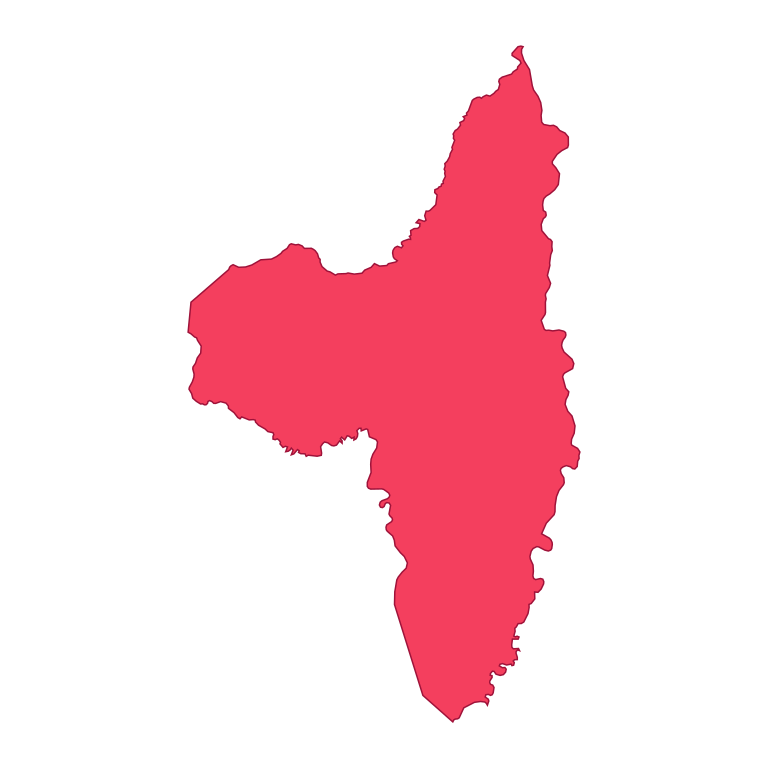 outline of Novo Santo Antônio, Mato Grosso, Brazil
{"feature_id": "56859067B72150679990072", "entity_name": "Novo Santo Antônio", "entity_type": "district", "adm_level": 2, "iso_a3": "BRA", "parent_name": "Brazil", "parent_adm1": "Mato Grosso", "projection": "orthographic", "projection_center": [-50.883, -12.312], "detail": "fine", "context": "isolated", "style": "filled", "palette": "rose", "viewbox_px": 768, "rotation_deg": 0, "n_neighbors": 0, "source": "geoboundaries", "source_scale": "gbopen_adm2", "svg_char_len": 6099}
<svg xmlns="http://www.w3.org/2000/svg" viewBox="0 0 768 768"><path d="M523.1,46.7L520.9,46.1L518.0,46.7L512.1,53.3L512.1,55.5L519.9,60.5L521.0,63.1L517.7,66.9L517.4,69.0L513.3,71.7L511.6,74.1L502.2,77.1L499.4,79.2L498.8,81.5L499.8,84.4L498.3,89.5L495.7,91.3L494.0,93.3L490.0,96.1L486.4,95.1L483.0,96.8L481.4,98.3L479.8,97.2L477.2,97.4L473.8,99.1L472.3,100.4L468.4,111.0L466.5,113.1L466.9,115.1L463.2,116.7L464.6,118.2L463.7,120.6L459.9,122.5L460.5,125.2L457.5,129.1L455.2,130.5L453.1,134.1L453.7,135.7L453.4,138.4L454.7,140.2L451.9,147.4L452.5,149.4L450.3,153.5L449.6,156.8L447.2,161.2L444.8,163.6L445.2,166.1L444.2,169.2L445.1,171.2L444.7,173.3L445.4,176.5L443.0,181.2L443.3,183.4L441.5,184.1L441.1,186.3L438.9,187.0L437.9,188.5L434.9,189.7L434.7,192.6L437.1,195.0L435.8,204.7L430.0,210.4L428.3,211.2L426.1,211.1L424.7,215.7L426.0,220.2L424.3,221.4L418.9,219.5L416.1,222.7L420.0,223.7L419.7,226.6L417.7,228.4L414.1,228.6L410.6,230.6L411.0,235.3L409.4,236.3L410.4,237.7L410.6,239.4L408.6,239.2L403.2,241.1L401.5,242.3L401.6,244.2L403.0,245.8L401.5,247.8L397.4,246.3L395.0,247.5L394.0,248.8L393.0,250.5L392.6,253.0L393.3,256.9L394.4,258.7L397.3,260.7L395.8,262.0L388.4,263.7L386.8,265.5L379.6,266.1L374.4,263.6L371.2,267.3L364.7,270.1L362.0,273.2L354.3,274.1L348.0,273.0L346.1,273.6L337.9,273.9L335.4,275.1L329.9,271.8L327.2,271.1L322.0,266.6L320.1,262.1L320.1,259.3L318.7,257.9L317.5,253.8L315.2,250.7L313.5,249.4L311.4,248.3L304.4,248.4L302.1,245.9L298.4,244.4L295.7,244.9L291.2,243.8L289.5,244.7L287.1,248.4L282.6,251.3L281.0,253.4L276.5,256.6L271.4,259.1L260.8,259.8L251.8,265.0L245.5,267.0L238.7,267.3L233.1,264.7L231.0,265.8L229.7,267.1L228.7,269.6L191.0,302.2L188.1,332.2L191.1,333.9L194.6,337.0L196.6,337.8L197.5,340.3L201.2,346.1L200.7,353.1L197.3,357.9L195.5,363.3L193.0,367.0L192.8,369.0L194.1,374.1L193.9,377.2L192.3,381.9L189.4,387.2L189.0,389.2L191.6,393.6L192.8,398.2L196.3,401.3L200.6,404.0L202.6,403.8L204.4,404.8L206.0,404.8L207.5,403.4L208.0,401.4L209.7,400.6L212.1,401.7L213.7,403.3L215.6,403.4L220.6,401.6L226.0,403.1L228.3,405.8L228.5,408.4L234.0,412.6L237.8,417.5L240.0,418.8L241.7,416.9L249.2,419.9L253.4,419.6L255.3,420.2L255.5,422.0L258.5,425.2L265.0,428.9L267.9,431.6L273.0,432.7L273.8,434.7L273.0,436.3L273.0,439.1L275.2,439.7L277.2,438.8L279.0,440.1L280.5,442.2L280.0,443.9L283.0,447.4L285.3,446.3L287.5,446.9L285.7,451.7L288.3,451.2L290.2,449.9L291.3,448.1L293.1,450.1L291.3,454.8L293.8,453.9L297.5,449.6L299.2,450.7L298.5,452.4L300.8,453.7L305.0,453.8L306.2,456.3L308.2,455.2L317.2,456.2L321.3,455.3L321.6,453.1L320.6,446.7L322.6,443.7L324.5,442.0L327.8,442.8L331.6,445.5L333.9,445.9L336.5,445.1L339.6,440.9L342.1,443.2L342.1,440.8L340.4,438.8L341.6,437.2L344.7,439.9L347.2,435.8L349.0,436.2L351.7,438.4L354.1,437.2L353.9,440.0L356.1,438.8L357.4,436.5L357.8,433.6L356.9,430.6L359.1,428.3L361.0,428.3L361.2,430.9L366.2,428.9L367.7,429.5L369.4,436.8L376.0,439.6L377.5,441.9L376.7,448.0L372.9,454.2L371.1,459.2L370.7,464.3L371.1,472.5L367.3,482.4L367.3,486.4L368.5,488.2L370.6,489.1L381.8,488.9L383.7,489.4L388.7,493.0L389.8,495.2L389.2,497.1L387.5,498.7L382.0,500.7L380.2,502.2L379.4,505.0L380.5,507.2L382.5,507.6L384.1,506.5L385.2,503.8L386.6,502.6L389.1,503.0L390.6,505.3L389.0,514.0L389.8,515.7L392.1,518.1L392.5,519.9L391.6,521.6L386.7,524.9L386.0,527.2L386.3,529.8L387.4,531.4L392.6,535.9L394.3,540.1L395.1,545.9L400.4,552.7L404.3,556.5L407.4,562.9L406.2,568.2L402.1,572.2L398.3,577.0L396.8,579.9L394.8,591.8L394.5,604.5L422.9,695.4L452.8,721.9L453.8,719.9L455.2,719.1L457.7,718.8L459.2,717.8L463.8,707.8L474.5,702.3L480.5,701.5L484.8,702.0L486.4,703.4L487.4,705.2L488.8,701.0L488.3,699.2L485.2,697.0L485.9,694.7L488.4,694.4L490.5,695.4L492.2,694.7L493.2,692.8L494.0,687.5L492.7,685.1L490.5,684.3L489.7,682.7L489.8,681.0L492.1,677.4L492.0,675.6L490.2,675.3L490.4,673.5L492.4,671.2L494.1,671.4L496.0,674.2L500.1,675.4L503.4,674.6L505.6,672.1L506.2,669.2L504.9,667.5L502.4,667.7L499.3,665.9L499.9,664.3L502.5,663.6L506.6,665.0L511.1,664.1L511.9,665.6L513.6,665.2L514.3,662.7L513.2,661.0L514.6,659.7L517.3,659.6L517.3,657.3L516.0,653.1L516.2,651.4L517.6,649.9L519.5,650.6L518.5,648.5L513.3,648.8L511.9,647.3L511.7,644.9L512.4,639.1L518.2,639.1L519.0,637.0L517.1,636.2L515.4,636.8L513.8,636.1L515.1,631.4L514.8,628.3L516.3,626.9L518.1,623.6L521.3,623.5L523.8,622.0L528.0,613.6L529.1,607.6L529.0,604.4L531.2,603.5L534.8,598.9L534.6,592.0L538.0,592.3L541.2,589.0L543.6,583.9L543.8,581.7L542.8,579.2L540.5,578.5L535.6,579.6L533.7,578.5L532.9,576.0L533.4,571.2L533.0,564.9L530.3,559.0L529.9,556.5L531.2,551.2L533.1,548.5L536.8,546.6L538.7,546.9L544.8,550.1L548.3,551.0L550.7,550.1L551.7,548.6L552.3,544.5L552.1,542.4L550.9,539.8L549.3,538.1L541.6,533.8L546.3,523.2L554.1,514.7L555.0,511.7L555.1,505.5L556.5,496.6L559.0,490.4L563.5,484.6L564.2,482.7L563.8,477.8L561.2,473.6L560.4,470.4L561.0,468.4L563.2,466.8L566.3,465.6L570.5,466.8L572.6,468.6L574.8,469.0L577.2,466.5L577.7,461.1L579.1,458.6L578.9,455.4L579.9,452.0L577.6,448.4L571.7,445.1L571.2,443.3L571.6,439.1L574.2,433.2L575.0,425.9L572.0,416.0L567.8,411.3L565.1,404.4L565.9,399.6L568.1,395.3L568.8,391.8L565.7,388.3L562.6,376.8L563.5,374.3L565.0,372.8L572.6,368.6L573.8,363.6L572.0,359.2L564.0,352.0L562.1,347.9L561.6,345.4L562.1,342.6L563.1,340.0L565.3,337.0L565.9,335.0L565.5,332.5L563.8,331.2L559.0,330.0L552.8,330.9L548.8,330.2L545.9,330.4L544.3,329.3L541.2,320.3L545.0,314.5L545.5,312.5L545.4,302.1L546.1,298.9L545.4,295.5L545.6,293.6L549.3,287.6L550.6,283.3L547.4,275.5L549.9,265.3L549.6,263.1L550.7,254.7L552.3,250.6L551.8,246.5L552.1,241.7L550.5,239.5L548.5,238.7L541.8,230.6L541.2,224.4L543.3,218.7L545.5,216.8L546.2,215.2L545.7,212.1L543.3,210.5L542.6,204.9L543.1,201.2L543.9,198.5L546.3,196.0L549.9,193.8L554.7,189.7L558.3,184.6L559.5,173.7L555.8,167.7L552.4,163.9L552.3,161.4L557.0,154.4L561.8,150.6L567.6,147.5L568.4,145.1L568.3,137.0L565.0,133.0L559.7,130.5L556.7,126.9L553.5,125.3L550.0,125.7L543.7,124.5L541.7,122.2L541.1,115.5L541.9,110.4L540.7,102.5L538.0,96.3L533.6,90.0L532.3,85.8L529.5,69.6L523.9,60.5L521.5,53.1L521.6,49.3L523.1,46.7Z" fill="#f43f5e" stroke="#9f1239" stroke-width="1.5"/></svg>